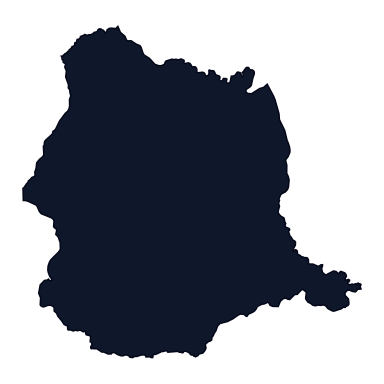 the district of Muecate, Nampula, Mozambique
{"feature_id": "85939544B7087427782291", "entity_name": "Muecate", "entity_type": "district", "adm_level": 2, "iso_a3": "MOZ", "parent_name": "Mozambique", "parent_adm1": "Nampula", "projection": "robinson", "projection_center": [39.557, -14.66], "detail": "fine", "context": "isolated", "style": "filled", "palette": "ink", "viewbox_px": 384, "rotation_deg": 0, "n_neighbors": 0, "source": "geoboundaries", "source_scale": "gbopen_adm2", "svg_char_len": 5823}
<svg xmlns="http://www.w3.org/2000/svg" viewBox="0 0 384 384"><path d="M87.5,35.3L84.5,34.5L83.7,35.3L80.5,36.5L79.8,38.7L77.1,39.5L76.3,42.6L74.9,42.7L74.5,45.4L74.2,45.8L71.9,46.7L71.4,48.0L69.2,49.9L68.7,50.9L67.6,51.6L67.3,52.4L64.8,53.9L62.5,56.1L61.3,56.2L61.9,57.2L62.1,59.5L63.1,60.4L63.3,62.5L64.9,63.3L65.6,64.4L65.6,65.0L64.9,66.1L64.9,67.5L66.4,70.8L65.7,77.0L68.5,84.8L68.3,88.0L69.7,89.8L70.0,93.0L70.6,94.9L70.7,96.2L69.5,99.5L69.6,105.9L69.1,108.5L67.8,111.1L65.3,113.3L59.7,120.8L55.8,128.8L54.7,130.2L53.0,131.3L52.5,133.6L51.8,134.5L45.1,140.6L44.4,142.3L44.3,144.9L43.4,146.2L43.8,154.7L42.6,156.8L39.5,159.3L36.7,162.8L36.1,168.2L34.8,172.2L35.1,175.4L34.4,176.4L31.8,177.5L30.0,179.7L28.4,180.8L28.0,182.4L26.6,183.7L24.0,187.6L23.0,188.3L23.3,200.5L25.3,200.5L28.4,201.4L36.2,205.1L37.3,206.7L39.4,211.6L41.3,213.7L51.4,217.8L53.6,219.5L54.0,221.5L53.6,226.5L54.3,227.7L56.2,228.9L56.7,230.4L55.8,234.4L58.2,236.9L60.1,242.4L60.4,248.4L59.9,250.3L58.5,252.1L50.8,259.8L49.4,262.2L48.1,266.0L47.8,269.9L48.2,272.2L49.7,276.3L51.7,279.0L51.8,280.3L51.2,280.8L49.4,280.4L48.6,279.1L47.3,280.0L44.4,280.5L40.2,284.9L38.7,293.2L40.6,297.9L40.2,304.8L40.8,305.7L42.3,306.7L43.8,306.9L48.0,305.3L50.0,305.2L51.6,305.6L53.7,306.9L54.1,307.7L54.2,311.1L56.6,313.2L57.8,316.1L61.6,320.7L64.2,324.6L67.1,325.8L67.6,326.5L67.7,329.4L68.3,330.0L70.5,329.9L73.2,331.0L75.1,330.3L77.6,330.7L80.2,330.1L83.2,331.8L84.7,331.4L85.6,331.7L85.7,333.6L86.3,334.8L89.5,335.6L90.6,336.5L90.2,341.8L91.2,342.2L91.9,343.4L91.8,345.3L90.8,346.5L90.7,347.6L91.1,348.6L91.6,348.8L92.4,348.4L94.1,348.8L96.7,348.7L101.9,352.1L103.7,352.0L108.1,354.0L111.4,353.9L112.3,352.7L113.1,352.4L115.4,353.1L117.2,354.4L121.0,355.8L123.1,355.8L125.3,354.9L127.5,355.2L129.1,356.1L129.9,357.2L131.5,357.5L132.8,357.5L134.7,356.4L136.7,356.5L141.3,355.0L143.8,354.9L144.8,355.1L145.5,355.7L146.0,357.0L149.9,356.8L150.9,357.5L152.6,357.6L153.0,356.7L152.7,355.4L153.0,354.9L156.7,354.0L161.6,351.6L164.1,351.3L166.0,350.6L166.6,350.7L167.8,352.2L177.5,351.4L179.7,352.3L180.5,352.1L181.6,352.7L183.2,352.6L183.6,351.6L184.9,351.1L187.1,351.7L189.2,352.8L190.5,354.5L191.3,355.0L193.5,355.2L193.9,356.2L194.8,356.2L195.4,356.8L197.9,355.7L198.9,354.1L202.9,353.0L204.9,350.6L206.0,348.1L205.4,345.0L205.6,344.0L208.7,341.4L209.8,341.3L211.7,340.0L211.9,337.4L213.2,335.8L214.2,333.3L215.8,331.0L217.6,326.0L220.0,323.5L227.6,321.5L232.9,318.8L238.1,315.1L240.3,314.1L243.8,314.2L246.2,316.3L246.9,316.4L248.5,314.1L252.6,312.3L254.5,311.0L256.1,309.1L257.0,307.1L258.5,305.9L261.5,304.4L264.6,303.8L267.7,302.3L268.5,302.5L270.1,305.3L272.7,306.4L278.2,306.5L280.3,301.4L283.0,298.8L285.7,298.1L288.0,299.3L289.8,299.5L294.1,295.1L295.4,294.4L297.2,294.4L301.1,290.2L303.2,289.3L304.3,290.7L305.7,291.5L306.1,292.1L306.3,293.1L305.6,298.1L305.9,299.2L308.0,302.2L310.6,303.4L312.6,305.1L315.3,305.8L318.0,305.1L321.1,305.4L322.5,305.0L324.2,305.1L326.1,306.2L327.6,308.3L328.7,309.0L332.5,311.0L334.2,311.1L341.5,308.7L343.3,307.2L345.1,307.4L345.9,306.5L347.8,305.6L348.8,304.4L348.9,302.9L348.4,298.9L345.0,295.3L345.1,292.7L347.4,290.3L349.5,290.1L352.3,291.4L355.3,291.9L355.9,291.6L357.7,289.3L361.0,289.0L360.1,286.3L360.9,285.1L360.9,284.4L360.6,284.0L359.0,283.7L358.4,283.1L357.1,283.5L356.6,284.5L355.4,283.7L353.7,284.6L352.2,284.0L350.2,284.7L348.0,284.2L347.6,282.4L348.9,281.9L349.6,280.2L348.6,279.4L346.1,280.1L345.0,279.7L345.6,277.2L346.3,276.8L346.4,276.2L346.0,274.5L344.8,272.9L341.0,271.4L340.3,271.7L338.7,273.4L337.7,273.2L336.1,271.5L333.5,271.0L325.6,275.1L322.6,272.5L322.2,271.3L321.6,268.2L322.5,266.3L322.5,264.7L320.7,264.9L319.2,266.1L317.8,266.2L313.0,264.1L309.7,264.1L308.8,263.6L308.4,262.4L308.5,259.9L307.5,258.0L306.5,257.6L304.6,257.7L303.2,257.0L301.6,256.8L299.9,255.2L298.1,254.7L297.7,254.3L297.2,250.9L295.8,249.7L295.2,249.8L293.9,251.2L293.3,251.2L293.5,248.7L295.4,245.1L295.5,242.0L295.0,241.3L292.5,239.7L291.5,237.6L289.9,235.8L288.6,231.9L288.8,230.9L289.5,230.2L289.6,229.3L289.3,228.6L285.9,227.2L285.1,226.2L285.1,225.2L285.7,223.6L284.7,221.5L284.2,218.6L283.7,217.7L281.5,216.6L279.9,215.2L278.7,213.6L278.0,211.9L279.5,206.1L278.6,203.3L279.5,200.3L278.8,199.5L280.5,195.0L281.8,193.7L285.3,191.9L286.9,190.3L287.8,188.9L288.5,186.6L289.1,180.0L288.2,176.4L286.7,173.3L286.8,165.2L285.6,160.5L286.1,159.2L288.1,156.6L289.7,152.9L290.0,150.9L289.6,147.3L288.2,142.9L287.1,140.5L284.7,130.4L279.4,119.6L279.0,113.8L275.0,99.6L273.5,96.0L267.2,84.2L263.5,87.5L259.7,88.5L252.1,93.4L250.9,93.7L248.1,93.5L246.4,92.6L245.9,90.9L246.1,89.5L250.1,86.8L251.3,85.3L252.8,78.1L254.2,74.2L254.3,72.1L253.6,70.8L252.2,69.9L250.3,69.9L249.6,69.4L248.8,67.8L248.2,67.4L246.7,67.4L245.7,68.2L243.1,71.9L242.3,72.4L243.2,74.0L243.3,75.6L242.8,76.3L242.2,76.6L241.8,76.3L240.9,73.6L240.2,72.7L238.0,72.0L237.1,72.4L234.6,75.8L231.3,76.2L230.1,82.2L228.5,83.2L226.9,83.0L226.3,81.4L226.9,79.6L226.7,78.8L225.8,78.5L223.4,78.5L222.2,80.9L220.5,81.0L219.4,79.7L220.0,77.9L219.9,76.8L219.4,76.1L215.8,74.8L214.1,71.2L213.2,70.7L211.0,70.7L209.3,70.0L208.9,70.4L209.0,73.4L208.6,74.6L207.7,75.6L206.4,76.1L205.7,75.7L204.5,73.1L202.8,72.2L197.5,72.8L196.9,71.9L196.8,68.9L195.7,67.2L195.0,66.7L192.1,66.9L190.7,64.3L189.7,63.3L188.5,62.9L184.4,63.5L183.7,62.2L184.2,61.1L184.0,60.3L182.3,59.4L181.0,59.0L177.8,59.9L176.1,59.2L174.4,59.6L171.9,59.2L166.0,61.0L165.3,61.9L164.3,64.4L161.3,65.7L158.7,65.7L154.8,64.3L149.5,58.4L144.1,55.0L142.9,52.9L141.1,47.4L140.0,45.7L136.0,44.0L131.1,40.7L127.8,40.9L126.6,40.2L124.9,36.2L120.4,32.4L117.9,26.4L115.5,28.8L114.4,28.4L110.4,28.1L108.9,28.6L107.3,29.6L106.5,31.9L105.6,33.0L103.3,30.2L102.0,29.9L101.0,29.0L99.4,28.8L98.1,29.6L97.5,31.0L96.6,31.9L94.3,32.3L92.7,33.8L90.9,34.7L89.0,34.7L87.5,35.3Z" fill="#0f172a" stroke="#020617" stroke-width="1.5"/></svg>